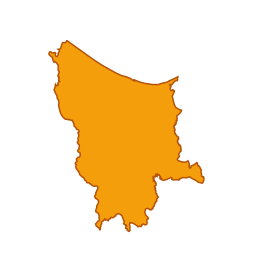 the district of Thepha, Songkhla, Thailand, rotated 345°
{"feature_id": "78962969B41607332504146", "entity_name": "Thepha", "entity_type": "district", "adm_level": 2, "iso_a3": "THA", "parent_name": "Thailand", "parent_adm1": "Songkhla", "projection": "equal_earth", "projection_center": [100.93, 6.797], "detail": "fine", "context": "isolated", "style": "filled", "palette": "amber", "viewbox_px": 256, "rotation_deg": 345, "n_neighbors": 0, "source": "geoboundaries", "source_scale": "gbopen_adm2", "svg_char_len": 5844}
<svg xmlns="http://www.w3.org/2000/svg" viewBox="0 0 256 256"><g transform="rotate(345 128 128)"><path d="M68.4,156.4L69.2,157.1L69.1,158.3L69.4,159.0L69.3,160.0L69.4,160.7L70.4,162.2L70.9,163.3L72.4,164.5L72.6,166.4L73.0,167.4L73.7,168.0L74.2,170.2L76.2,171.0L76.6,171.8L77.9,173.0L78.1,173.8L80.1,175.6L82.3,175.7L83.1,176.3L83.5,177.2L83.5,177.9L83.2,178.6L79.9,182.6L79.8,183.7L78.5,184.8L78.1,185.5L78.1,186.1L78.5,187.5L80.1,189.2L80.7,191.1L79.4,193.6L77.9,194.8L77.2,196.6L75.3,199.7L75.3,200.5L75.6,201.1L76.8,202.3L77.2,203.1L77.5,205.6L76.8,206.9L76.6,209.3L76.0,210.0L74.7,210.3L73.3,211.5L71.9,212.2L71.9,214.3L74.0,217.1L74.3,217.8L74.3,218.9L74.5,219.1L75.0,218.9L75.6,217.0L76.4,215.7L76.9,214.3L77.8,213.7L77.9,212.2L80.7,211.0L82.0,209.8L82.4,211.1L83.7,210.9L84.5,212.2L84.9,212.4L86.1,211.1L87.4,211.1L88.0,210.2L88.7,210.0L89.2,210.4L90.9,210.8L91.5,210.4L91.9,209.8L93.5,209.7L93.9,208.8L94.2,208.5L96.2,208.2L97.7,208.9L99.5,211.2L99.8,215.6L100.2,216.8L99.6,218.7L99.0,219.2L99.7,220.5L100.7,220.9L100.7,221.5L101.0,221.4L101.2,221.8L101.2,222.7L100.3,223.1L99.8,224.3L101.0,225.1L100.8,226.3L101.3,226.7L101.4,227.4L101.9,228.0L102.4,228.1L103.4,227.5L103.6,225.8L104.3,224.1L104.5,222.7L104.3,222.0L105.4,219.9L106.5,220.6L107.7,220.9L108.4,221.4L111.5,224.8L112.1,226.1L113.8,225.7L114.9,226.6L115.2,226.6L116.2,225.8L116.3,225.0L117.7,224.7L118.4,225.0L119.2,225.9L120.9,226.0L121.6,225.2L121.9,224.3L122.5,221.4L124.3,220.8L124.1,219.5L122.7,216.9L122.4,214.8L122.6,213.3L123.9,211.1L124.8,210.6L126.8,210.9L127.5,212.1L127.9,212.3L128.0,212.7L128.3,212.9L129.5,213.0L130.0,212.3L130.7,212.6L131.0,211.7L131.4,211.8L131.8,210.9L133.2,210.1L133.4,209.2L133.8,209.0L133.9,208.4L135.2,207.2L135.5,206.5L135.8,206.7L136.8,206.0L137.3,204.7L137.2,204.1L139.4,202.6L138.7,201.8L138.7,200.8L138.5,199.7L138.7,199.0L138.1,198.2L138.1,197.6L138.7,196.0L138.2,194.6L138.8,194.2L138.7,193.6L138.9,192.7L138.8,192.4L138.3,192.4L138.2,191.7L138.7,191.5L138.9,190.9L139.9,190.8L140.5,190.1L140.4,189.3L140.8,188.5L140.6,187.8L140.2,188.0L140.0,187.7L140.2,187.1L140.0,186.1L139.1,185.8L140.0,185.3L139.9,185.0L139.5,185.3L139.1,184.8L139.4,184.1L139.3,182.9L139.6,182.6L139.8,183.2L140.1,183.2L140.1,182.6L139.8,182.0L140.5,182.1L140.9,181.5L141.9,182.1L142.7,180.5L143.1,182.0L143.5,182.3L143.8,180.3L144.2,180.0L144.2,181.4L144.5,181.4L144.9,180.9L145.9,181.0L145.9,181.9L146.7,183.2L146.8,183.7L146.3,183.7L145.7,184.5L146.0,185.5L146.3,185.4L146.2,184.5L146.8,184.6L147.3,185.7L146.8,186.0L146.9,186.5L148.9,187.8L152.2,187.7L156.6,186.9L157.6,187.6L157.0,189.0L157.7,189.3L158.1,189.9L162.0,190.6L163.0,191.0L163.1,191.3L163.7,191.4L164.7,190.9L164.7,190.4L166.8,190.2L167.4,189.9L172.0,191.3L173.6,191.0L175.0,191.2L176.6,193.2L179.8,196.0L181.8,198.5L185.4,200.5L186.1,200.2L187.2,198.9L188.4,196.2L188.3,194.6L186.6,194.0L187.2,191.3L187.1,189.3L187.3,188.4L187.9,187.8L187.0,183.4L185.8,182.6L185.8,179.8L185.5,179.2L183.4,180.2L180.1,181.0L179.2,180.9L179.0,181.8L177.4,182.9L177.0,181.5L177.9,178.6L177.5,175.2L175.3,175.9L174.4,175.8L170.9,174.6L170.0,173.7L168.5,173.0L167.7,171.8L167.5,171.1L168.0,170.3L170.2,168.9L170.3,168.1L169.9,166.9L170.9,165.6L172.4,164.4L173.2,164.1L173.3,163.4L173.7,162.9L173.4,162.0L174.0,161.1L173.9,160.5L174.1,160.0L174.1,159.2L173.7,159.1L173.8,157.9L173.0,157.1L172.7,157.2L172.9,156.2L172.3,155.5L172.4,154.4L172.0,153.9L172.3,153.5L172.7,153.3L173.0,152.3L173.9,151.9L173.7,151.3L174.4,150.7L174.3,149.8L173.8,149.1L173.2,148.9L172.9,147.6L172.5,147.1L172.3,145.6L171.9,145.5L172.2,142.4L172.9,142.2L173.0,141.1L172.8,140.7L172.8,140.1L172.6,140.0L172.8,139.6L172.5,138.5L173.0,137.6L173.2,137.4L173.3,137.7L173.5,137.3L174.5,137.3L175.1,136.4L175.5,136.4L175.5,135.6L175.2,135.4L176.1,135.1L176.2,134.6L176.6,134.2L176.5,133.4L177.3,133.3L177.1,132.5L177.9,131.9L178.0,129.7L178.5,128.9L182.4,126.9L184.2,125.1L184.0,124.3L182.6,123.8L179.6,120.7L178.9,118.6L178.7,115.4L179.0,108.8L181.9,105.2L182.4,104.1L181.0,102.5L180.7,102.6L179.9,103.5L179.1,102.7L178.9,101.7L179.0,100.6L179.4,99.9L180.1,99.4L180.2,98.9L180.1,98.4L179.7,98.1L179.3,97.2L179.8,96.8L180.8,97.5L181.4,97.6L185.7,94.7L187.9,94.9L188.4,94.1L188.6,92.4L189.4,91.8L189.5,91.4L185.5,92.3L179.6,93.2L178.1,93.8L171.1,93.6L169.0,93.9L167.7,93.7L162.8,92.3L155.7,89.2L151.0,86.5L146.4,83.0L145.9,83.0L146.0,83.9L144.5,82.7L143.7,81.3L142.8,80.5L139.0,77.7L135.4,75.8L130.5,71.7L119.2,60.7L112.1,52.7L91.7,27.9L91.4,27.9L90.0,29.2L89.0,29.2L86.9,28.6L84.6,31.9L83.6,33.7L82.6,34.1L80.9,33.9L81.7,35.0L81.3,36.5L80.1,37.4L79.6,38.9L78.3,40.6L77.2,40.3L76.7,39.4L76.7,38.6L77.5,37.2L77.2,36.4L76.5,36.0L74.7,36.2L74.1,35.8L73.1,34.4L71.9,34.3L70.9,35.7L70.7,36.5L71.8,38.5L72.8,39.5L73.1,40.2L73.2,44.8L73.7,45.3L74.6,44.9L75.1,45.6L75.9,46.8L76.4,48.3L76.7,48.6L76.7,50.1L75.5,54.0L75.7,54.8L76.1,55.4L76.0,56.4L75.1,57.2L74.4,58.8L73.7,59.4L74.6,60.9L74.5,61.3L74.0,61.4L74.2,62.5L73.6,63.4L73.9,65.2L73.6,65.1L73.6,64.4L73.4,64.3L72.8,66.0L72.2,66.2L71.5,67.2L71.8,67.7L71.1,68.8L70.0,68.7L69.5,68.1L69.4,67.4L69.1,67.9L68.9,67.7L68.6,69.1L66.7,71.5L66.5,72.9L67.0,74.0L66.8,75.3L67.2,76.1L67.2,76.7L67.8,78.4L67.4,79.8L67.4,80.6L67.6,82.1L68.0,82.6L68.0,83.0L67.9,85.7L66.9,87.9L66.6,93.1L66.8,97.0L67.9,100.5L69.8,103.4L71.1,103.6L72.3,104.6L73.1,104.4L74.8,105.7L76.2,106.2L76.6,108.9L77.1,110.3L76.5,111.3L76.5,112.3L77.8,114.0L77.9,115.8L79.6,117.0L79.9,117.9L79.5,119.3L78.4,119.6L78.6,122.5L77.0,125.1L76.7,127.7L75.4,128.6L75.6,130.3L76.4,131.3L76.4,133.0L75.9,133.7L75.1,135.7L74.1,136.2L73.4,137.0L74.0,138.5L74.9,139.2L75.2,139.8L75.2,140.6L74.7,141.7L74.6,142.5L74.0,143.1L73.4,143.4L71.6,143.5L70.3,144.6L70.0,144.9L70.0,145.6L70.2,147.0L69.8,147.3L68.9,147.5L67.9,148.6L67.9,149.3L68.6,150.3L67.6,151.5L67.4,153.6L68.2,155.1L68.4,156.4Z" fill="#f59e0b" stroke="#b45309" stroke-width="1.5"/></g></svg>